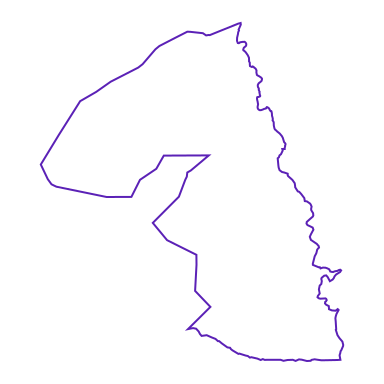 Abejones, Oaxaca, Mexico
{"feature_id": "50627088B68012167176325", "entity_name": "Abejones", "entity_type": "district", "adm_level": 2, "iso_a3": "MEX", "parent_name": "Mexico", "parent_adm1": "Oaxaca", "projection": "mercator", "projection_center": [-96.608, 17.49], "detail": "fine", "context": "isolated", "style": "outline", "palette": "violet", "viewbox_px": 384, "rotation_deg": 0, "n_neighbors": 0, "source": "geoboundaries", "source_scale": "gbopen_adm2", "svg_char_len": 4350}
<svg xmlns="http://www.w3.org/2000/svg" viewBox="0 0 384 384"><path d="M240.0,42.3L239.6,42.8L238.8,43.2L237.8,43.0L237.0,40.8L237.1,37.7L238.0,33.9L238.2,32.2L239.0,30.5L238.6,29.7L240.8,24.6L240.6,23.0L239.6,23.3L238.3,23.6L209.8,35.1L208.5,35.0L206.1,35.4L202.9,33.2L190.0,31.8L187.3,31.7L175.3,37.8L159.4,46.0L155.4,49.3L142.6,64.2L138.2,67.6L110.7,81.7L96.2,91.9L80.1,101.2L79.2,102.7L58.9,134.8L40.8,164.5L47.8,179.2L51.5,184.3L53.9,185.5L56.4,186.7L106.6,197.0L131.4,196.9L140.0,179.8L156.3,168.8L163.8,155.6L208.8,155.4L190.8,170.5L187.3,172.5L186.8,176.7L185.3,179.7L178.9,196.7L152.8,222.9L167.1,240.2L196.4,254.8L196.5,264.8L195.1,290.9L210.4,306.9L188.0,329.1L190.9,328.5L193.1,328.1L196.1,328.7L198.7,331.5L199.9,333.9L201.6,335.9L206.7,335.2L211.9,337.5L215.5,338.9L217.9,341.1L219.1,341.1L221.7,343.3L227.4,347.4L230.1,347.8L230.9,349.1L232.4,350.3L238.4,353.9L239.4,353.6L245.8,355.6L247.8,356.0L249.9,357.6L251.3,357.2L257.4,358.6L260.7,360.0L262.8,359.1L264.7,359.9L267.0,359.8L280.6,359.8L283.5,360.8L287.5,360.0L292.8,359.8L295.6,360.9L299.0,359.4L301.8,359.7L306.9,361.0L310.7,360.8L311.5,359.9L314.6,359.3L317.8,359.8L321.6,360.3L337.3,360.0L340.4,359.8L339.9,357.1L339.6,355.6L339.8,354.4L340.2,353.4L340.6,351.2L341.3,350.2L343.1,346.0L343.2,344.8L342.4,341.6L339.5,338.2L337.5,335.2L335.8,329.8L336.2,329.3L335.7,321.4L335.4,318.2L335.8,316.2L336.5,313.9L338.6,310.0L337.7,309.1L335.6,310.7L331.9,310.4L329.0,309.2L328.8,306.1L326.0,304.6L325.0,303.4L325.2,301.9L326.0,301.3L326.7,300.1L326.2,298.9L325.5,298.4L320.3,298.7L318.6,298.2L317.5,297.2L317.9,295.9L319.7,293.5L318.9,289.4L319.7,285.6L321.3,284.0L321.8,281.1L321.3,278.9L321.7,277.8L324.2,275.7L326.2,275.4L327.7,277.1L329.9,281.2L332.6,279.6L333.8,278.1L334.5,276.4L336.1,274.5L340.1,272.0L341.1,270.4L340.2,269.7L338.7,270.1L337.4,270.9L335.3,271.2L334.3,271.5L333.2,272.0L331.8,271.9L330.3,271.5L329.2,269.3L327.2,268.3L325.4,267.7L322.9,267.6L320.5,268.4L319.8,267.2L318.8,267.3L312.9,264.9L312.8,263.8L314.7,256.3L316.3,253.3L316.8,251.3L317.1,249.9L317.8,248.8L319.0,247.6L318.7,246.1L316.8,243.9L310.9,239.9L309.8,236.8L311.0,234.1L313.4,229.7L312.7,227.6L310.3,226.4L307.5,225.1L306.5,223.6L306.8,221.9L309.9,219.1L312.8,216.6L313.3,215.5L313.1,213.2L311.3,210.3L311.1,209.0L311.6,206.6L310.8,204.7L310.1,203.6L306.9,201.4L304.8,201.1L304.3,198.1L301.2,194.0L299.2,191.8L297.8,191.4L295.2,187.3L295.1,185.8L294.7,183.2L292.4,179.9L288.1,176.1L287.7,175.2L287.7,173.7L284.2,172.5L282.0,172.0L279.6,170.2L278.7,167.7L278.4,165.7L277.7,158.3L278.9,157.3L279.5,155.4L281.0,154.2L282.7,150.6L282.3,149.0L284.7,149.0L284.7,147.8L285.1,146.5L285.1,145.9L285.1,145.5L285.4,144.9L285.5,144.4L285.5,143.9L285.2,143.3L284.1,142.1L282.8,137.8L281.8,136.0L279.7,133.5L277.2,131.5L275.9,130.2L275.0,129.5L274.5,128.6L274.1,126.9L273.8,125.4L273.7,122.5L273.5,121.8L273.2,121.2L272.6,120.5L272.8,119.1L272.7,118.3L272.4,117.0L272.1,116.1L272.0,115.6L271.9,113.5L271.6,111.9L271.3,111.1L270.6,111.1L269.7,109.8L269.2,108.7L268.8,108.2L268.2,107.7L267.6,107.4L267.1,107.1L266.8,107.1L266.4,108.0L266.2,107.9L265.8,108.4L265.2,108.7L264.1,108.9L262.9,109.5L261.2,110.1L259.9,110.2L259.3,110.0L258.6,109.5L258.2,109.1L258.0,108.8L257.8,108.4L257.6,107.5L257.6,106.9L257.7,106.2L257.8,105.7L257.9,105.3L258.1,104.1L258.0,103.7L257.8,103.0L257.8,102.6L257.7,102.1L257.6,101.5L257.3,100.4L257.0,98.8L257.1,97.9L257.1,97.5L257.2,97.2L257.5,97.1L257.9,97.0L258.4,97.0L258.6,96.9L259.6,96.6L260.1,96.3L260.2,96.0L260.2,95.7L259.9,95.0L259.8,94.4L259.7,93.9L259.4,92.4L259.6,92.1L259.6,91.7L259.3,91.2L258.9,90.3L258.7,89.8L258.9,89.1L258.7,88.2L258.3,87.7L258.0,87.1L257.8,86.0L257.8,85.0L258.2,84.1L258.7,83.3L259.4,82.7L260.5,81.9L261.1,81.3L261.6,80.8L261.8,80.0L262.0,79.2L262.0,78.8L261.9,78.5L261.4,77.9L260.9,77.4L258.9,76.1L257.5,75.4L256.9,74.9L256.4,72.5L256.5,70.4L255.7,68.8L255.1,68.2L254.4,67.8L253.8,67.1L253.4,66.8L252.8,66.5L252.6,66.8L252.2,66.9L251.9,67.0L250.6,66.4L250.0,66.1L249.9,65.3L249.8,64.2L249.8,62.7L249.3,61.8L249.0,61.2L249.1,60.3L249.0,59.2L249.0,57.9L248.4,56.5L247.7,55.1L247.0,54.1L246.1,52.8L245.3,51.8L244.4,51.0L243.4,50.3L243.2,49.8L243.6,48.3L243.7,48.1L243.9,47.7L244.7,47.0L245.1,46.7L245.7,46.1L246.1,45.7L246.2,45.0L246.3,44.4L246.1,43.4L245.4,42.4L244.6,41.8L242.5,41.9L240.0,42.3Z" fill="none" stroke="#5b21b6" stroke-width="2"/></svg>